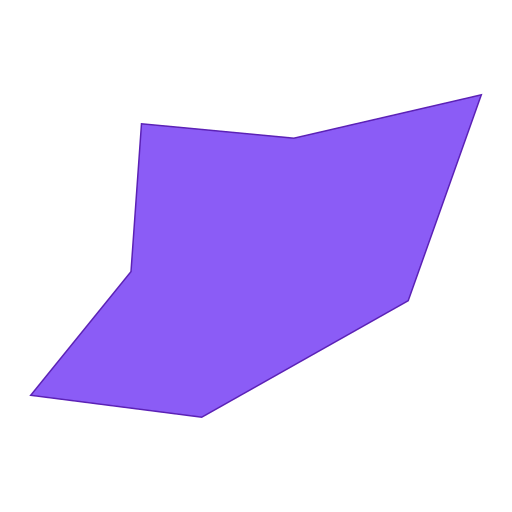 the border of Pietà
{"feature_id": "MLT-5942", "entity_name": "Pietà", "entity_type": "state/province", "adm_level": 1, "iso_a3": "MLT", "parent_name": "Malta", "parent_adm1": "", "projection": "orthographic", "projection_center": [14.493, 35.889], "detail": "fine", "context": "isolated", "style": "filled", "palette": "violet", "viewbox_px": 512, "rotation_deg": 0, "n_neighbors": 0, "source": "natural_earth", "source_scale": "10m", "svg_char_len": 225}
<svg xmlns="http://www.w3.org/2000/svg" viewBox="0 0 512 512"><path d="M481.3,94.8L408.2,300.7L201.7,417.2L30.7,395.3L131.0,271.6L141.5,123.8L293.8,138.2L481.3,94.8Z" fill="#8b5cf6" stroke="#5b21b6" stroke-width="1.5"/></svg>